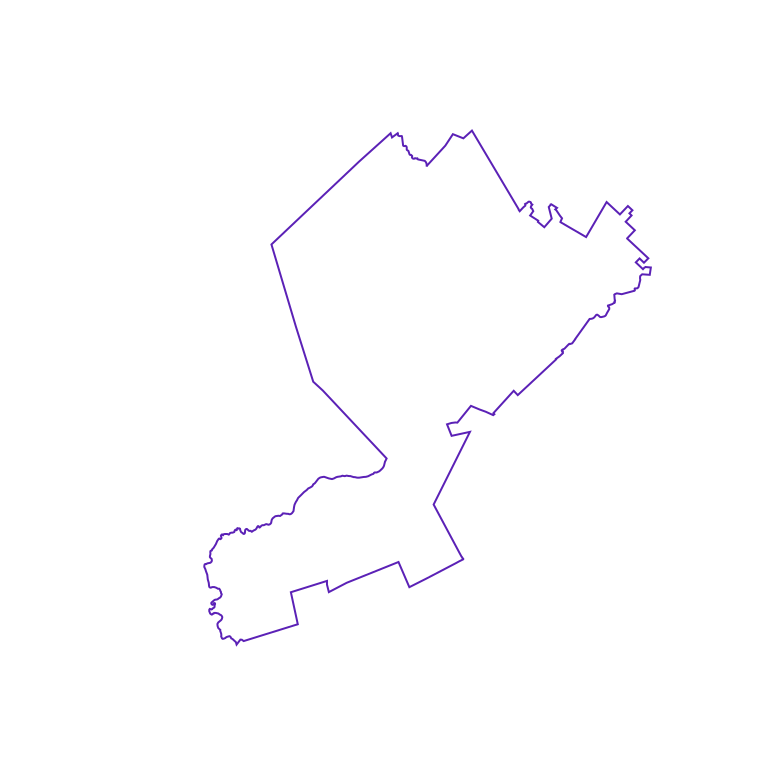 the district of Parás, Nuevo León, Mexico, rotated 223°
{"feature_id": "50627088B3077567338706", "entity_name": "Parás", "entity_type": "district", "adm_level": 2, "iso_a3": "MEX", "parent_name": "Mexico", "parent_adm1": "Nuevo León", "projection": "natural_earth1", "projection_center": [-99.62, 26.621], "detail": "fine", "context": "isolated", "style": "outline", "palette": "violet", "viewbox_px": 768, "rotation_deg": 223, "n_neighbors": 0, "source": "geoboundaries", "source_scale": "gbopen_adm2", "svg_char_len": 6098}
<svg xmlns="http://www.w3.org/2000/svg" viewBox="0 0 768 768"><g transform="rotate(223 384 384)"><path d="M545.0,576.8L546.3,569.8L550.2,571.9L553.9,529.8L561.5,409.3L487.6,365.9L437.3,337.4L424.3,337.5L331.3,331.3L330.6,329.1L330.3,327.9L328.3,324.3L327.9,323.2L327.6,321.3L327.8,318.0L328.0,316.7L329.0,314.3L330.5,312.9L330.7,312.3L330.5,311.3L330.6,310.8L331.4,309.4L332.7,305.7L333.1,305.1L333.9,303.8L335.4,302.2L338.4,298.4L339.9,297.1L341.8,296.0L342.7,295.2L345.8,293.7L347.2,292.5L348.4,291.8L349.0,291.3L349.8,289.9L351.9,288.5L352.6,287.0L354.7,284.4L355.4,283.2L356.2,280.8L357.2,279.0L360.0,277.3L364.3,275.4L364.7,275.1L366.3,273.0L366.9,272.0L367.4,270.0L366.9,264.5L367.0,263.5L367.3,262.7L367.2,261.9L366.9,261.3L366.8,260.1L367.3,258.2L368.2,255.9L368.2,253.8L368.8,250.3L368.9,246.2L369.1,242.5L369.0,241.7L368.4,239.8L368.0,237.5L367.1,234.7L365.9,232.7L363.5,229.3L363.2,226.8L363.5,225.3L364.0,224.5L364.8,224.0L365.6,223.7L366.7,222.7L369.0,221.1L369.7,220.4L369.8,220.1L369.5,219.5L369.5,219.2L370.0,216.6L371.4,215.6L373.2,213.3L373.4,212.7L373.8,209.9L373.7,209.2L373.5,208.3L373.3,207.8L371.8,205.4L371.7,204.5L371.8,203.6L372.0,203.1L372.5,202.3L374.3,201.4L374.7,201.0L375.6,198.8L376.7,197.7L377.0,196.8L377.0,194.6L377.1,194.2L377.4,194.1L377.7,194.5L378.1,194.5L379.0,194.3L379.2,194.2L379.3,193.4L378.7,191.1L378.7,190.1L378.8,189.5L379.5,187.8L379.9,185.8L380.1,185.7L381.3,185.7L381.8,185.3L382.3,184.7L382.8,184.5L385.2,184.5L385.8,184.1L386.0,183.3L385.9,182.5L384.1,180.1L384.0,179.5L384.2,178.8L384.7,178.5L385.9,178.6L386.9,178.3L387.6,178.3L389.2,178.9L390.5,179.9L390.9,179.9L391.4,179.7L391.8,179.0L392.7,178.8L392.9,178.4L392.8,178.0L392.1,176.8L392.1,176.6L392.3,176.4L393.0,176.5L393.3,176.0L393.3,175.2L393.1,174.6L392.7,174.1L392.6,173.5L393.3,172.1L394.3,171.1L394.9,170.1L394.9,169.3L394.7,168.6L394.8,168.0L396.3,167.4L397.9,165.9L398.5,165.3L398.8,164.6L398.6,163.7L398.8,163.6L399.5,163.7L399.8,163.6L400.0,163.2L400.0,162.7L399.8,161.8L398.0,160.7L397.7,160.3L397.7,159.7L397.8,159.0L398.0,158.8L399.1,158.6L399.3,158.1L398.9,155.4L397.8,152.4L396.9,148.1L396.9,145.7L396.4,144.9L396.5,144.4L397.0,143.8L396.9,143.3L396.4,142.6L395.0,141.3L394.0,139.5L393.3,138.7L392.5,138.5L390.7,138.5L389.4,137.4L389.0,136.5L389.0,135.4L389.1,134.8L390.9,132.3L391.2,131.1L391.8,130.6L392.0,130.2L392.1,129.8L391.8,129.1L391.1,128.1L390.4,127.5L388.5,126.8L386.4,125.6L383.2,124.0L379.6,120.9L376.6,119.1L374.2,117.0L373.4,116.5L372.8,116.4L371.9,116.8L371.7,117.0L371.4,117.8L370.9,118.6L369.7,119.7L367.7,120.6L365.8,121.0L365.1,121.7L364.8,121.9L363.3,121.5L362.2,120.9L361.6,120.8L360.3,119.8L359.3,119.6L358.4,117.6L358.2,116.2L358.7,114.5L358.8,113.6L359.2,112.5L360.3,111.2L360.6,110.6L360.8,109.6L361.1,106.4L360.8,105.9L360.5,105.6L359.6,105.4L359.0,105.5L358.7,105.7L358.6,106.3L358.8,107.9L358.5,108.2L358.0,108.3L357.5,107.9L357.0,106.7L356.0,105.5L355.8,105.1L355.8,104.6L355.9,104.0L356.3,102.9L356.1,102.2L356.3,101.8L356.4,101.5L358.0,100.7L357.9,99.9L356.9,98.7L354.6,97.6L353.8,97.6L352.8,97.8L352.5,98.2L352.6,99.1L352.0,99.7L352.2,100.2L352.1,100.7L350.8,101.9L348.6,103.2L346.7,103.4L346.1,103.7L345.2,103.8L344.4,103.7L343.4,103.3L342.9,102.7L342.3,101.4L342.1,100.2L342.6,96.7L342.3,95.2L341.7,94.4L340.3,93.3L338.7,92.5L336.0,92.5L335.5,91.8L332.7,90.3L331.5,89.2L331.0,88.4L329.0,87.5L328.2,87.6L327.5,88.5L326.8,90.0L326.7,91.2L326.3,92.1L325.1,94.1L324.8,94.3L323.9,94.4L322.2,93.8L320.9,94.2L316.3,94.2L314.1,92.9L314.7,99.1L313.6,100.0L311.3,100.3L283.2,149.5L310.1,168.2L291.4,201.1L288.9,198.4L282.4,194.2L275.7,213.2L252.0,263.7L226.9,252.7L220.3,270.6L209.1,302.4L208.2,305.2L206.5,309.8L206.6,310.0L207.0,310.3L208.1,310.2L208.9,310.6L209.5,310.6L213.7,312.0L265.5,329.7L288.5,407.6L299.2,392.2L310.4,397.5L308.1,401.5L305.6,404.5L304.0,405.8L305.5,427.3L296.8,430.5L290.7,433.1L282.9,435.7L282.7,437.2L284.1,437.4L284.5,467.5L278.6,467.1L274.9,519.4L275.4,519.6L274.5,524.0L274.2,528.6L275.3,529.7L275.7,529.2L276.8,529.6L277.0,529.9L276.9,531.0L276.1,532.8L276.0,538.7L275.9,539.7L275.3,539.9L274.1,542.1L274.6,546.4L274.6,546.9L274.8,547.0L278.0,571.8L276.9,573.0L276.3,573.9L275.9,574.8L275.7,575.8L275.7,576.9L275.9,579.1L275.5,580.0L275.0,580.2L273.4,580.4L272.0,580.3L271.0,580.8L270.5,581.4L269.0,583.7L268.7,584.6L268.6,585.4L269.3,587.8L270.4,592.5L271.6,593.6L271.9,593.6L272.5,593.5L273.3,593.7L273.7,594.1L271.6,598.0L271.1,599.9L270.9,600.2L271.3,600.7L271.0,601.0L271.3,601.3L271.6,601.7L271.4,601.8L271.7,602.2L271.8,602.2L272.0,602.7L273.0,603.2L276.5,606.4L276.4,607.2L275.5,609.1L271.4,611.8L264.4,623.0L264.5,623.7L265.6,624.5L265.7,624.9L264.0,626.8L263.9,628.2L264.3,629.1L267.6,635.0L268.4,635.5L269.7,636.9L270.2,637.7L270.2,638.2L270.0,640.3L264.1,645.1L268.3,651.2L272.0,648.3L272.5,648.0L272.7,647.1L272.9,646.8L272.9,644.6L282.8,644.7L282.7,650.1L276.6,650.0L276.4,656.2L305.4,656.2L305.5,656.4L305.4,667.5L317.9,667.5L317.9,676.1L320.9,676.2L320.8,680.5L327.0,680.5L327.1,668.9L345.3,668.9L336.4,629.3L365.4,622.7L365.5,622.8L366.8,626.6L370.1,627.1L376.5,628.6L377.8,628.5L377.6,630.8L384.3,629.5L384.6,628.9L384.3,628.4L384.2,625.8L374.1,619.3L373.7,608.0L382.0,607.5L382.5,608.6L392.0,606.9L392.7,612.2L395.2,613.2L396.0,613.0L397.0,613.2L397.5,613.9L397.8,614.8L397.7,615.2L397.9,616.4L399.0,616.2L399.5,616.3L400.3,616.9L400.9,617.0L402.0,616.5L402.6,615.9L402.9,613.4L403.6,612.1L403.6,611.8L402.8,611.5L402.3,610.8L402.6,608.1L402.6,602.9L404.4,603.3L404.9,603.7L492.5,629.3L493.5,617.8L504.0,613.7L501.7,600.1L501.5,573.7L501.3,572.6L501.1,572.1L502.3,573.5L504.0,574.6L505.0,574.9L506.4,575.0L512.2,571.5L512.6,571.4L513.5,571.8L513.7,571.7L514.0,571.0L515.3,570.3L515.5,569.5L515.9,569.0L516.6,568.6L517.5,568.6L518.0,568.7L518.3,569.0L518.8,569.9L519.0,570.0L520.4,570.0L520.7,569.6L521.6,569.3L522.0,569.4L525.1,571.1L525.4,571.1L526.6,570.8L527.2,570.9L528.8,572.6L529.6,573.0L530.6,572.9L531.5,571.7L532.4,571.4L532.7,571.5L539.3,577.0L540.1,577.4L541.7,575.9L542.3,575.6L543.1,575.4L543.9,575.8L544.5,576.6L545.0,576.8Z" fill="none" stroke="#5b21b6" stroke-width="2"/></g></svg>